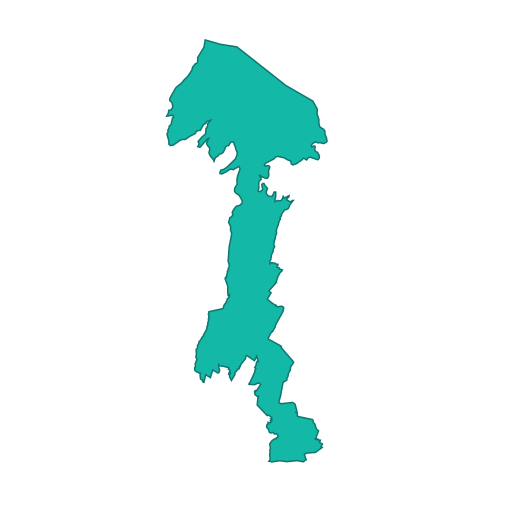 San Salvador el Verde, Puebla, Mexico (Albers equal-area conic projection), rotated 122°
{"feature_id": "50627088B235557174424", "entity_name": "San Salvador el Verde", "entity_type": "district", "adm_level": 2, "iso_a3": "MEX", "parent_name": "Mexico", "parent_adm1": "Puebla", "projection": "albers", "projection_center": [-98.525, 19.258], "detail": "fine", "context": "isolated", "style": "filled", "palette": "teal", "viewbox_px": 512, "rotation_deg": 122, "n_neighbors": 0, "source": "geoboundaries", "source_scale": "gbopen_adm2", "svg_char_len": 6162}
<svg xmlns="http://www.w3.org/2000/svg" viewBox="0 0 512 512"><g transform="rotate(122 256 256)"><path d="M99.7,413.6L106.4,410.8L118.6,410.6L122.5,408.3L123.6,408.2L125.8,409.6L127.7,409.4L129.1,409.9L132.3,408.9L139.5,409.0L144.3,410.2L148.9,410.8L155.0,413.0L156.8,413.1L165.8,412.8L168.8,412.3L169.9,411.5L170.5,408.4L173.7,405.5L177.2,405.4L178.7,407.2L181.4,406.0L184.8,405.8L180.7,401.2L181.7,399.6L183.3,399.9L189.5,397.7L192.1,398.4L193.2,397.6L195.8,397.5L197.1,396.5L199.8,396.1L204.9,390.6L207.3,389.2L207.8,387.4L205.9,385.0L198.2,381.7L196.1,380.1L194.7,377.8L189.6,375.6L184.5,372.5L181.7,372.5L180.4,371.7L178.9,369.7L172.8,370.2L170.0,369.0L167.8,369.0L165.0,366.4L169.6,367.2L170.7,366.2L173.5,365.6L174.2,366.1L179.0,363.5L183.8,364.9L189.6,365.8L190.5,364.3L191.8,363.5L194.0,363.4L193.8,361.6L193.2,361.0L182.5,359.4L181.2,358.3L186.2,358.0L187.9,356.0L188.8,352.9L190.0,351.8L193.2,350.7L194.3,349.6L195.7,347.1L196.8,343.4L197.9,341.8L194.9,342.5L193.0,342.2L191.7,341.3L189.2,341.1L187.1,339.3L185.7,338.8L182.2,339.0L179.7,339.7L177.9,338.9L176.7,337.7L172.4,337.7L171.3,335.0L173.1,333.5L174.1,331.6L175.9,330.0L178.4,326.6L180.6,325.6L184.6,324.9L195.7,327.6L199.4,329.1L201.9,331.4L204.8,330.7L205.2,330.2L204.4,328.3L200.4,325.9L195.7,323.7L194.9,321.0L189.1,318.0L190.4,315.7L197.6,314.1L200.9,312.9L205.3,310.0L209.7,310.0L212.2,308.8L213.0,307.5L213.4,305.8L213.4,302.5L215.9,297.9L217.4,296.2L218.6,295.9L221.6,296.6L224.1,299.0L226.1,299.4L230.7,299.5L232.4,298.7L233.3,297.3L236.1,297.7L237.2,298.5L242.1,297.0L244.3,293.3L247.8,291.1L249.9,288.4L262.2,283.7L275.2,276.9L277.2,274.5L279.1,273.2L281.3,272.9L283.1,272.1L284.5,272.1L285.4,271.4L290.2,269.9L290.2,270.4L290.9,270.5L291.7,270.1L296.6,263.9L302.6,260.2L303.2,259.6L302.9,258.5L304.4,258.7L304.4,257.7L303.8,257.5L305.0,256.9L307.9,257.6L309.7,256.8L310.8,257.1L311.2,256.7L314.0,257.1L318.2,256.2L328.1,266.4L330.7,265.5L332.0,263.7L332.9,263.8L333.7,262.5L334.6,263.0L336.4,261.8L338.5,261.4L340.2,260.2L341.0,260.4L344.6,259.0L351.4,258.6L352.0,258.1L353.8,258.8L356.1,258.4L359.3,258.9L360.3,258.2L362.8,258.2L365.0,256.9L367.0,257.2L370.8,254.6L373.9,253.3L374.3,252.0L375.3,251.3L379.7,250.4L381.5,248.9L383.3,248.8L385.3,247.4L385.8,245.0L385.1,242.7L385.5,242.4L384.7,241.0L386.7,240.3L389.7,237.9L389.9,236.9L389.3,235.9L390.9,234.6L390.8,233.2L383.3,235.7L383.3,230.2L375.6,232.3L375.4,226.1L374.4,225.7L372.2,226.2L370.0,228.9L368.0,230.0L368.4,228.5L366.8,225.2L365.2,220.1L365.4,219.6L366.6,219.4L366.9,217.2L368.9,217.0L368.5,216.1L369.2,215.4L370.2,216.7L370.7,216.7L371.1,215.3L372.4,214.4L374.6,210.9L367.9,211.0L365.6,212.1L364.4,211.6L361.1,211.3L360.8,210.6L359.1,210.9L358.7,211.6L358.1,210.9L355.7,211.4L348.8,210.5L346.1,211.6L345.3,211.1L345.6,201.8L340.6,202.3L344.0,198.6L344.0,199.1L345.4,199.1L347.0,198.9L348.0,198.1L351.3,198.0L351.5,196.5L353.8,196.3L355.1,195.6L365.4,194.2L368.5,194.2L368.5,193.6L365.7,188.8L362.1,186.6L362.4,184.0L370.1,184.2L370.3,185.2L371.5,185.5L372.0,185.2L371.8,184.3L373.3,184.2L374.1,183.4L374.4,180.3L373.7,179.8L373.8,179.4L375.4,179.2L381.8,176.0L385.4,161.9L384.2,160.8L384.8,156.7L385.7,156.6L386.3,157.2L386.7,155.4L387.3,155.3L387.9,156.5L389.0,155.3L390.1,156.0L390.7,157.6L391.8,156.4L392.5,157.3L394.2,157.1L395.7,156.1L396.1,154.2L398.5,151.0L398.2,149.5L396.6,148.1L397.2,146.0L395.8,144.3L397.0,141.7L399.9,142.0L399.8,142.4L400.3,142.4L402.0,143.8L404.9,144.7L408.1,144.8L411.6,141.7L413.0,141.6L415.6,139.7L416.8,139.4L420.1,136.8L421.4,136.2L423.2,136.3L422.2,133.4L417.1,127.5L414.0,120.8L407.8,112.8L405.3,106.6L403.2,106.2L402.3,105.4L398.6,109.9L396.2,108.5L391.1,101.5L383.2,98.4L383.3,99.9L380.2,100.0L380.5,103.3L378.1,103.8L379.0,105.2L378.4,105.7L379.7,107.6L379.7,108.5L378.8,107.5L379.0,108.7L371.1,110.3L370.7,113.2L367.3,117.1L366.9,118.9L364.7,121.2L370.0,135.8L366.9,138.1L367.4,139.4L365.7,139.3L361.0,144.3L360.7,147.2L368.1,156.6L368.0,159.2L360.4,161.4L360.4,162.0L358.8,162.2L348.8,166.1L345.0,164.1L342.8,165.1L341.1,165.1L338.1,166.4L334.7,166.4L331.9,167.8L326.3,167.7L325.5,169.3L320.3,186.1L319.5,186.3L319.1,187.5L319.9,201.2L319.1,202.1L314.1,202.5L311.9,202.4L311.5,201.9L306.5,202.1L303.8,202.9L288.7,203.7L285.7,204.8L284.8,205.6L284.9,207.5L287.8,211.1L287.8,212.7L287.2,212.7L287.5,215.8L286.7,223.6L279.2,223.7L278.7,226.6L269.5,225.0L267.3,225.2L267.3,224.8L266.5,225.4L261.7,226.5L257.4,226.8L255.2,226.1L253.8,226.3L254.6,229.1L253.8,229.7L254.3,232.2L251.4,232.9L252.4,235.4L252.0,235.8L253.4,239.4L255.3,239.9L253.5,241.5L251.3,241.5L246.5,243.6L243.6,243.8L241.1,244.9L238.1,245.2L236.9,247.1L232.2,248.8L231.3,248.8L228.6,250.1L226.1,250.4L224.0,252.1L223.3,252.1L222.4,252.8L218.0,253.6L214.6,254.7L211.4,255.0L211.1,255.7L210.3,256.1L208.7,255.7L206.2,256.6L203.3,256.2L202.3,256.5L199.9,254.4L198.6,253.8L194.2,254.4L189.1,253.8L189.5,254.5L191.9,255.5L192.1,259.4L191.6,260.1L188.1,259.5L187.3,259.9L191.5,262.5L191.7,263.0L191.0,264.6L194.3,263.8L196.6,264.6L197.3,267.0L199.9,268.7L199.1,269.5L195.8,270.4L191.4,273.1L191.8,274.3L192.4,274.5L196.5,273.8L198.3,276.0L198.4,277.8L197.8,280.1L196.7,281.2L192.5,282.1L191.5,285.8L190.3,287.7L191.0,288.8L192.3,289.0L194.4,287.3L195.4,286.0L196.6,285.5L199.3,286.9L200.1,288.2L199.6,288.9L197.1,289.4L194.1,291.5L191.3,292.9L188.1,292.3L187.2,293.2L186.8,294.6L185.8,295.9L185.4,295.6L185.7,293.0L184.9,288.5L184.0,287.6L181.9,287.5L179.6,288.6L177.8,290.3L173.6,291.3L172.8,292.1L172.8,293.2L174.8,296.1L174.7,296.9L173.8,297.3L171.8,296.8L164.5,292.4L161.3,291.7L159.9,290.2L157.8,284.0L157.7,280.2L157.1,276.8L159.0,275.1L159.3,274.4L159.1,272.8L155.6,270.2L153.2,269.5L151.5,268.4L147.8,267.5L147.7,263.9L145.0,263.8L143.6,262.8L141.7,254.7L140.9,254.3L139.2,254.3L137.4,255.4L135.6,258.5L135.6,260.7L135.1,262.3L131.6,264.0L132.0,265.2L134.1,266.5L133.3,267.5L131.2,267.7L128.4,266.6L127.6,265.5L127.2,263.3L126.0,261.9L124.8,258.2L122.6,256.8L121.1,256.5L118.3,259.0L116.3,262.0L113.6,263.7L112.7,265.7L112.8,269.6L112.3,270.8L110.1,273.0L106.9,275.0L103.0,279.6L99.0,281.8L94.5,289.9L95.6,321.1L88.8,383.0L95.5,398.8L99.7,413.6Z" fill="#14b8a6" stroke="#0f766e" stroke-width="1.5"/></g></svg>